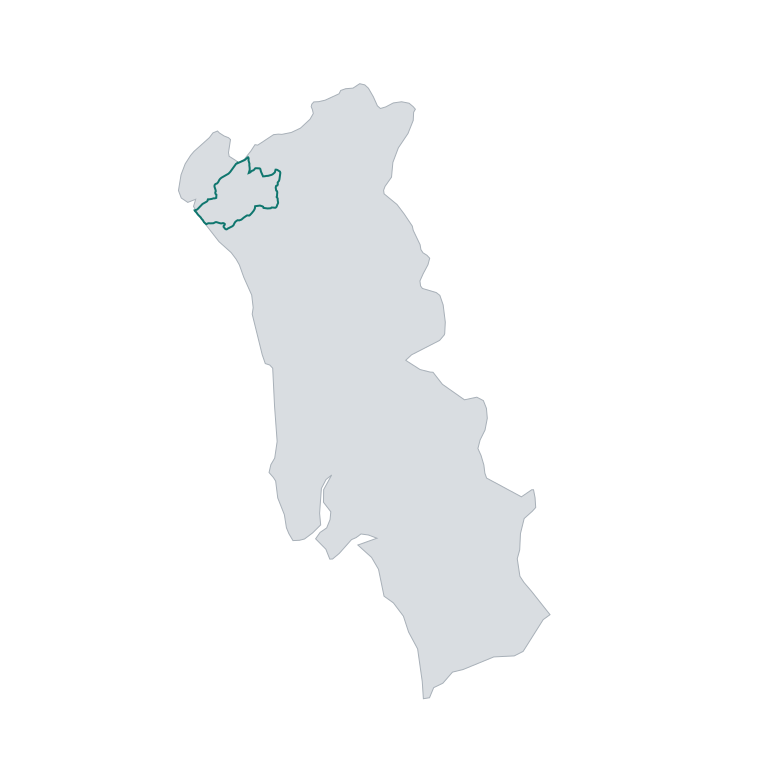 Braga highlighted on a map of Portugal, rotated 333°
{"feature_id": "PRT-749", "entity_name": "Braga", "entity_type": "District", "adm_level": 1, "iso_a3": "PRT", "parent_name": "Portugal", "parent_adm1": "", "projection": "natural_earth1", "projection_center": [-8.294, 41.571], "detail": "medium", "context": "in_parent", "style": "outline", "palette": "teal", "viewbox_px": 768, "rotation_deg": 333, "n_neighbors": 0, "source": "natural_earth", "source_scale": "10m", "svg_char_len": 4250}
<svg xmlns="http://www.w3.org/2000/svg" viewBox="0 0 768 768"><g transform="rotate(333 384 384)"><path d="M298.1,105.5L306.8,97.6L315.5,92.5L320.3,90.5L340.3,85.2L345.6,82.6L350.5,83.0L351.3,85.6L354.2,90.5L357.3,94.0L358.2,96.5L350.5,107.2L349.4,110.8L353.5,117.7L354.2,119.7L356.1,120.6L361.5,120.4L371.1,116.0L377.7,112.2L379.9,113.8L398.8,111.7L403.3,113.4L406.3,115.2L415.6,117.8L425.7,118.1L438.3,114.5L443.8,110.9L444.8,106.9L445.0,103.9L446.7,101.9L449.5,100.8L454.0,102.8L460.4,104.4L475.7,105.0L478.7,102.8L483.9,103.5L490.7,106.3L498.7,105.4L502.7,108.8L504.4,113.4L504.9,123.2L504.4,133.2L505.9,136.9L511.3,137.9L519.9,137.8L527.8,140.5L533.8,145.2L535.9,150.1L536.7,153.4L533.8,155.3L529.7,162.4L519.1,171.7L504.0,180.1L492.5,190.6L484.6,203.1L474.6,208.4L471.6,211.2L470.4,214.6L477.1,230.0L479.2,241.8L480.9,256.2L479.8,260.3L479.4,276.3L477.9,281.0L478.3,284.8L480.7,288.8L481.8,292.7L477.3,297.7L469.0,303.5L462.8,308.5L461.1,313.3L461.6,316.3L472.1,326.3L474.0,330.4L472.6,340.4L466.7,356.7L461.0,366.6L460.0,367.6L453.4,370.4L421.8,370.5L414.2,372.7L415.2,374.7L422.7,387.5L430.5,394.3L433.0,395.8L435.9,410.8L448.5,434.6L460.7,437.9L465.0,443.9L464.2,452.2L460.5,461.4L453.1,470.9L444.2,477.5L438.4,484.1L438.0,491.8L436.2,501.5L433.4,509.2L432.7,514.4L455.2,546.9L467.6,545.3L469.2,546.1L467.0,553.8L463.1,562.9L458.4,564.7L447.8,567.5L437.7,579.2L429.6,593.4L423.4,600.2L417.8,617.0L418.6,624.3L421.3,635.6L427.2,664.9L418.9,666.2L386.6,685.4L376.6,685.4L357.9,677.0L324.9,674.3L314.2,671.8L300.7,677.3L290.4,677.1L282.1,684.2L276.2,682.3L283.0,666.5L293.7,635.3L293.3,616.2L295.9,599.7L293.0,583.3L287.7,573.1L295.0,546.6L294.2,532.9L287.6,515.6L307.7,518.2L301.5,511.4L295.4,507.2L289.4,508.2L284.4,507.9L267.3,514.6L258.7,516.6L256.2,515.4L257.2,504.8L252.8,490.9L259.7,487.2L267.6,486.2L274.4,480.3L278.6,473.7L276.4,461.9L282.3,450.7L296.1,441.3L289.0,442.8L280.8,448.6L267.9,470.0L263.6,480.8L252.7,484.3L242.8,486.0L237.8,484.9L231.8,482.2L231.3,474.2L231.8,467.8L235.9,455.2L237.6,437.3L243.4,421.3L243.0,417.1L241.4,410.7L246.6,404.5L253.0,400.4L262.7,386.7L276.4,354.1L292.0,319.4L290.8,315.2L287.5,311.9L288.8,302.6L298.3,261.9L302.1,256.6L306.5,244.7L307.5,225.5L309.2,212.2L308.9,205.6L307.5,197.6L301.6,182.3L295.4,150.1L294.9,139.3L300.1,133.9L291.6,133.1L287.8,126.2L288.7,118.3L298.1,105.5Z" fill="#d9dde1" stroke="#a8b0b8" stroke-width="1"/><path d="M353.6,120.5L353.6,120.8L361.6,121.2L365.6,120.2L365.9,120.4L365.9,121.0L365.7,121.7L364.8,123.2L364.1,126.6L363.3,128.0L362.4,130.5L361.5,132.3L359.3,134.6L360.6,134.7L363.1,134.1L364.6,134.3L365.3,134.2L367.1,133.4L367.7,133.5L370.7,135.2L371.2,135.6L371.4,136.3L370.8,138.9L370.5,144.1L372.4,144.9L373.4,145.1L375.2,145.9L378.8,146.6L380.0,146.6L382.8,145.9L384.7,143.8L385.6,144.3L386.1,144.8L387.7,147.5L387.5,148.8L383.8,154.1L382.7,155.3L380.9,156.1L380.6,156.4L380.1,157.8L379.1,158.7L378.4,158.5L377.9,158.5L377.5,158.8L376.6,160.0L375.8,162.7L376.2,163.6L376.1,164.2L375.8,165.0L374.4,167.2L374.1,168.0L373.4,168.4L373.2,168.8L373.4,169.6L373.5,170.3L372.6,172.3L372.1,174.0L371.8,174.6L371.4,175.0L370.2,175.9L369.4,176.7L368.7,177.3L368.0,177.6L367.0,177.6L365.9,176.8L363.9,175.7L362.9,176.0L359.9,174.7L356.6,172.4L356.8,171.3L356.4,170.6L354.5,168.7L349.9,167.1L348.5,169.1L346.7,170.4L343.8,171.7L341.0,172.7L340.3,172.7L339.1,171.9L338.3,171.6L334.5,172.1L331.6,172.8L329.3,172.5L327.9,171.6L326.8,171.7L325.2,172.0L323.5,173.0L322.0,174.2L320.6,174.6L315.3,174.6L314.1,174.8L313.4,174.4L312.9,173.6L312.4,171.1L313.1,170.2L314.0,170.0L314.5,169.7L314.8,169.1L314.5,168.4L313.6,167.5L312.5,167.3L311.2,166.6L308.2,163.7L307.3,163.3L305.0,163.3L302.6,162.2L300.4,161.0L298.2,160.9L297.1,158.2L297.0,155.8L296.5,154.1L296.3,152.2L295.1,148.6L294.7,146.0L294.1,144.0L294.1,143.3L296.3,143.7L297.2,143.6L304.0,141.2L308.8,141.0L309.6,140.8L310.3,140.3L310.6,139.8L311.1,139.5L311.8,140.0L314.6,140.9L316.5,141.2L317.5,141.8L319.0,142.0L320.6,139.3L320.2,138.0L320.4,137.3L320.8,136.5L321.7,135.8L322.1,134.1L322.5,131.4L322.8,130.6L323.5,129.8L324.0,129.5L324.8,129.3L326.3,129.5L327.8,128.9L330.2,127.2L331.5,126.7L332.9,126.4L341.0,126.0L343.3,125.2L352.1,120.7L353.2,120.7L353.6,120.5Z" fill="none" stroke="#0f766e" stroke-width="2"/></g></svg>